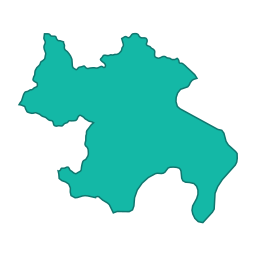 the border of Borski, rotated 87°
{"feature_id": "SRB-125", "entity_name": "Borski", "entity_type": "District", "adm_level": 1, "iso_a3": "SRB", "parent_name": "Republic of Serbia", "parent_adm1": "", "projection": "natural_earth1", "projection_center": [22.104, 44.305], "detail": "fine", "context": "isolated", "style": "filled", "palette": "teal", "viewbox_px": 256, "rotation_deg": 87, "n_neighbors": 0, "source": "natural_earth", "source_scale": "10m", "svg_char_len": 5795}
<svg xmlns="http://www.w3.org/2000/svg" viewBox="0 0 256 256"><g transform="rotate(87 128 128)"><path d="M212.0,147.1L203.5,150.7L201.8,152.4L198.8,156.9L195.6,160.3L195.1,160.6L194.8,162.1L195.1,163.4L195.5,164.2L195.8,164.2L193.7,171.7L193.3,174.5L193.5,177.0L194.8,182.3L194.9,184.5L192.5,188.4L189.0,189.0L184.9,188.7L180.9,190.1L178.6,193.2L177.1,196.8L174.8,199.4L170.4,199.5L167.3,200.0L167.4,199.8L167.1,198.7L166.8,198.0L166.3,197.6L165.3,197.1L164.9,196.8L164.7,196.4L164.7,195.9L164.8,194.1L164.8,193.6L164.2,192.0L163.9,191.1L163.9,190.2L164.0,189.8L164.6,189.3L165.2,188.9L166.6,188.4L167.4,187.7L168.5,186.2L169.4,185.3L170.0,184.6L170.4,183.9L170.9,182.7L170.8,182.2L170.7,181.8L169.7,180.0L168.9,178.3L168.3,177.5L167.9,177.2L167.2,176.9L164.7,176.5L162.6,176.0L160.6,175.4L159.3,174.9L158.6,174.4L158.3,174.1L157.4,172.3L156.8,171.5L156.2,171.1L154.1,169.7L153.5,169.4L152.6,169.1L151.1,168.9L149.6,168.9L148.1,168.9L146.7,169.1L145.2,169.8L144.7,170.2L143.6,171.3L143.1,171.5L142.5,171.7L141.9,171.8L140.7,171.6L138.5,170.9L137.8,170.8L134.1,170.5L133.4,170.4L131.9,169.8L130.0,169.7L129.5,169.6L128.5,169.2L128.0,168.8L125.1,166.3L123.3,164.9L122.1,163.6L121.0,162.1L120.0,163.7L119.6,165.0L119.3,166.2L119.0,166.8L118.7,167.3L117.6,168.8L116.8,170.1L116.1,170.8L114.9,171.7L114.7,172.0L113.1,174.3L112.9,174.8L112.8,175.4L113.0,176.0L113.6,176.7L114.4,177.4L116.5,178.4L117.3,179.2L117.6,179.6L117.8,180.3L117.9,181.7L117.9,184.0L117.7,185.7L117.7,186.1L117.7,186.4L117.9,186.8L119.2,188.1L119.5,188.6L120.1,190.8L120.3,191.1L120.5,191.5L121.9,192.9L122.2,193.3L122.5,193.9L122.4,195.0L122.1,196.9L122.1,197.4L122.4,199.3L122.3,199.8L122.2,200.3L121.9,201.0L121.6,201.5L121.2,201.8L120.4,202.1L118.2,202.5L117.5,202.9L117.2,203.1L116.8,203.5L116.6,204.0L116.3,205.7L116.1,206.2L115.7,206.8L115.3,207.3L113.8,208.9L113.3,209.4L112.7,210.6L112.1,212.2L111.8,212.9L111.1,213.9L109.7,215.4L109.4,216.0L108.7,217.5L108.0,219.0L107.9,219.5L107.9,220.0L108.3,222.0L108.3,223.4L108.1,224.1L107.7,225.4L107.0,227.2L106.7,227.6L106.4,228.0L106.0,228.2L103.5,229.3L101.6,229.8L101.1,230.1L100.9,230.4L99.5,233.4L99.0,235.6L96.9,234.2L95.4,232.9L89.1,230.5L88.1,229.9L87.0,229.1L86.7,228.7L86.5,228.2L86.2,226.5L85.9,225.6L85.1,224.2L84.9,223.8L84.8,223.5L84.8,222.3L84.6,221.8L84.3,221.2L83.1,219.7L82.8,219.1L82.2,217.5L82.0,217.0L81.7,216.6L81.3,216.5L80.9,216.3L79.8,216.2L78.8,216.3L78.4,216.4L78.0,216.8L76.9,218.6L75.8,219.9L75.5,220.1L75.0,220.3L74.4,220.3L72.0,219.5L70.5,218.6L69.6,218.3L67.2,218.0L66.0,217.7L65.5,217.5L63.3,216.1L63.0,215.9L61.3,213.9L60.2,212.8L59.4,212.4L57.7,211.7L57.3,211.4L56.7,210.3L56.1,209.3L54.9,207.9L54.5,207.6L54.1,207.4L51.9,206.9L49.7,206.3L49.2,206.3L47.8,206.6L45.0,207.5L43.4,207.7L42.6,207.7L41.3,207.4L39.3,206.4L38.4,206.2L37.8,206.1L37.2,206.2L34.9,207.1L34.2,207.3L33.2,207.2L29.6,206.5L29.7,203.5L29.9,202.4L30.1,201.9L30.4,201.4L31.7,200.4L32.0,200.1L32.2,199.7L32.3,199.2L32.5,196.4L32.8,195.7L33.1,195.3L33.5,195.2L34.4,194.9L35.3,194.6L35.9,194.3L36.8,193.5L37.1,193.0L37.2,192.5L37.3,191.2L37.5,190.8L38.6,187.9L39.5,187.9L41.7,187.2L42.4,187.1L44.5,187.4L45.1,187.3L46.0,187.1L46.5,186.8L47.1,186.3L48.5,184.7L49.0,184.3L51.1,182.8L53.2,181.6L55.6,180.7L56.7,180.4L57.5,180.4L63.1,180.3L64.3,180.0L65.0,179.6L65.6,178.9L66.6,177.5L66.9,177.1L67.0,176.8L67.0,176.3L66.7,175.8L65.3,174.5L64.8,173.7L64.7,173.1L64.4,171.0L63.8,169.0L63.8,168.6L64.0,168.3L64.4,167.9L65.4,167.1L65.9,166.6L66.3,165.9L66.4,165.4L66.5,164.8L66.4,164.2L66.2,163.4L66.1,162.2L66.0,159.7L66.1,158.5L66.5,156.6L66.5,155.4L66.2,154.4L65.5,152.8L65.1,151.6L65.1,151.1L65.2,150.7L66.1,149.4L66.3,149.1L66.3,148.7L66.3,148.4L66.1,147.9L65.4,147.5L64.7,147.2L63.8,147.3L63.0,147.6L62.0,148.3L60.2,150.4L59.0,151.5L58.5,151.8L58.2,151.9L57.8,151.8L57.4,151.5L56.1,150.1L54.4,148.9L54.2,148.5L54.1,148.0L54.1,146.9L54.6,144.9L54.6,144.1L54.6,143.4L54.0,141.5L54.1,140.8L54.3,139.6L54.3,139.1L53.8,137.2L53.9,135.4L53.8,134.9L53.3,133.6L52.9,132.9L51.0,131.0L50.3,130.5L49.4,130.2L48.2,129.9L47.4,129.6L46.4,128.7L45.9,128.5L45.3,128.3L44.1,128.3L43.5,128.4L40.6,129.1L38.3,129.6L37.7,128.3L36.7,126.4L36.6,125.8L36.6,125.3L36.9,124.8L37.5,123.8L37.8,123.2L37.8,122.7L37.8,122.2L37.4,121.6L36.9,120.9L35.1,119.5L34.5,118.8L34.3,118.4L34.2,117.8L34.1,116.4L34.2,115.1L34.3,114.4L34.7,113.7L35.1,113.1L35.6,112.7L37.0,112.1L37.9,111.2L38.2,110.8L38.6,110.1L38.7,109.4L38.9,106.6L39.1,106.0L39.2,105.6L39.5,105.2L39.8,105.0L40.6,104.5L41.5,104.3L42.7,104.4L45.0,105.3L45.5,105.2L45.9,105.1L46.3,104.8L46.8,104.2L47.9,101.8L49.5,100.5L49.9,99.9L50.7,98.6L51.5,97.9L52.0,97.5L52.9,97.3L53.5,97.3L55.6,97.6L57.5,97.6L58.3,97.3L58.6,96.9L58.9,96.5L59.8,94.6L59.9,94.0L59.9,93.5L59.4,91.8L58.5,89.8L58.4,88.7L58.4,88.1L58.7,87.1L58.9,86.8L59.7,85.8L60.1,85.0L60.4,83.3L60.7,82.3L61.7,81.0L62.0,80.2L62.0,79.0L62.1,78.2L62.0,77.4L61.7,76.7L61.0,75.3L61.5,74.7L62.7,74.0L63.7,73.7L65.0,73.5L65.6,73.3L65.9,72.9L66.1,72.5L66.1,71.3L66.2,70.8L66.5,70.2L67.2,69.3L69.0,67.4L70.6,66.0L72.5,64.1L78.2,58.6L82.0,56.5L82.8,59.7L83.8,61.6L85.9,63.4L88.2,64.6L90.0,66.2L92.1,73.5L95.5,76.5L100.0,78.3L104.2,78.7L109.0,77.6L111.5,75.1L134.1,38.4L135.2,34.5L138.2,32.5L146.4,30.8L150.2,28.7L157.1,21.8L159.2,20.4L164.0,20.5L167.7,21.2L170.6,22.8L184.4,36.5L191.2,41.5L197.8,44.5L213.5,46.2L216.4,48.1L226.4,58.2L225.2,62.7L221.8,65.9L217.3,67.8L213.5,68.4L209.2,67.5L202.0,63.1L197.9,61.6L193.7,61.4L189.8,62.5L186.9,65.0L185.7,69.2L185.1,73.5L183.5,76.0L180.9,77.0L174.0,77.3L172.1,77.9L170.8,79.0L169.9,81.3L169.4,84.7L169.4,88.0L170.0,90.0L174.1,93.5L175.0,95.2L175.2,97.1L174.7,101.1L175.0,103.0L178.5,110.3L183.8,116.8L190.4,122.0L198.0,125.1L206.2,126.2L210.0,127.8L211.6,131.2L210.8,143.2L211.9,146.9L212.0,147.1Z" fill="#14b8a6" stroke="#0f766e" stroke-width="1.5"/></g></svg>